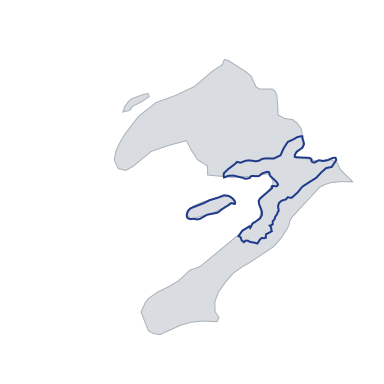 Haiti, with Ouest highlighted, rotated 314°
{"feature_id": "HTI-1388", "entity_name": "Ouest", "entity_type": "Department", "adm_level": 1, "iso_a3": "HTI", "parent_name": "Haiti", "parent_adm1": "", "projection": "robinson", "projection_center": [-72.52, 18.618], "detail": "fine", "context": "in_parent", "style": "outline", "palette": "blue", "viewbox_px": 384, "rotation_deg": 314, "n_neighbors": 0, "source": "natural_earth", "source_scale": "10m", "svg_char_len": 3858}
<svg xmlns="http://www.w3.org/2000/svg" viewBox="0 0 384 384"><g transform="rotate(314 192 192)"><path d="M309.7,123.2L311.7,126.3L316.0,147.6L316.4,154.4L312.2,164.7L312.8,168.8L321.9,178.3L322.1,181.7L321.0,185.2L313.2,194.2L307.3,200.4L309.2,207.5L314.0,214.2L314.6,219.8L313.2,227.2L305.7,236.5L301.8,239.8L290.8,240.2L289.5,241.5L295.1,250.5L301.3,260.7L311.5,268.6L313.8,276.0L311.3,283.1L310.9,300.5L303.1,292.1L294.6,285.0L289.4,282.3L284.1,280.5L243.3,281.4L238.8,282.6L235.2,284.9L231.4,286.0L220.2,288.2L209.0,288.6L183.0,282.9L172.7,280.0L162.3,278.1L150.4,278.7L138.5,280.5L129.0,284.6L121.9,291.8L120.5,298.5L116.3,300.2L106.7,289.5L97.9,281.9L87.9,276.2L67.3,268.1L63.6,263.1L61.9,257.1L70.3,238.7L79.8,235.3L85.0,234.6L96.7,236.9L108.1,241.1L118.5,243.9L134.6,244.9L143.4,249.5L205.3,256.5L217.1,258.7L221.7,257.9L225.6,255.2L229.0,250.2L232.8,246.5L251.2,245.6L255.0,244.0L257.7,238.8L257.6,233.4L246.8,226.1L230.0,210.2L215.1,191.5L221.5,185.1L219.1,173.6L221.5,162.9L225.0,152.4L210.3,143.4L193.0,134.5L168.9,131.7L161.5,129.4L157.6,122.7L161.1,113.7L168.9,108.7L177.9,105.7L187.0,103.5L209.1,101.0L231.1,103.9L250.1,113.1L269.3,120.4L293.7,122.8L304.7,125.4L309.7,123.2ZM215.7,222.5L214.1,230.0L190.6,221.1L171.6,209.9L172.4,203.9L182.1,202.5L191.4,206.2L205.2,213.6L215.7,222.5ZM228.6,89.4L232.3,91.9L230.9,94.9L221.7,93.0L212.1,89.6L209.0,90.5L207.1,90.1L201.5,86.8L206.4,84.3L211.4,83.5L217.0,83.7L228.6,89.4Z" fill="#d9dde1" stroke="#a8b0b8" stroke-width="1"/><path d="M308.7,232.7L308.5,232.9L307.2,234.4L305.3,238.0L304.1,239.4L300.6,240.7L293.7,239.3L290.3,240.1L288.7,241.4L289.5,243.1L297.8,252.4L298.4,253.4L298.6,255.0L298.1,255.6L297.5,256.0L297.1,257.2L297.7,259.1L299.0,260.0L302.6,261.0L303.4,261.7L304.8,264.0L305.5,264.9L309.0,267.4L314.0,269.5L315.3,270.4L316.1,271.3L316.3,271.6L315.2,273.6L307.1,275.1L302.4,271.9L296.2,271.4L288.4,271.5L280.5,269.5L272.5,267.7L264.7,268.3L257.1,267.7L255.8,266.2L254.7,264.5L252.0,264.7L250.3,263.8L247.9,262.5L244.5,262.2L241.5,263.8L239.2,266.8L238.3,267.6L237.2,267.6L234.9,268.7L232.8,268.9L231.6,269.1L230.5,270.1L228.8,270.3L227.0,270.4L225.9,271.4L224.9,272.5L223.3,272.2L221.9,271.3L221.6,272.9L221.1,274.2L220.0,275.1L219.3,276.6L216.3,275.8L213.1,274.6L211.6,275.6L210.5,276.9L208.6,275.8L207.5,274.1L206.2,274.0L204.7,273.9L202.3,274.5L200.3,274.8L199.2,272.5L197.9,270.6L196.5,268.6L195.8,266.0L194.2,264.3L191.9,264.2L191.7,261.3L193.1,258.7L193.1,257.4L192.6,256.2L199.0,255.0L207.0,257.1L206.5,258.8L208.3,258.4L210.7,257.5L212.4,257.5L213.7,258.1L220.2,259.3L223.8,258.4L226.3,256.1L228.1,252.8L229.6,249.1L231.9,246.1L234.8,245.4L250.1,246.9L250.7,246.7L250.9,246.2L251.0,245.7L251.4,245.5L251.9,245.6L252.2,245.9L252.4,246.1L252.7,246.2L254.6,248.6L255.5,249.1L257.1,248.7L257.8,246.9L258.0,244.4L257.9,238.0L258.0,236.8L258.7,235.4L259.4,234.5L259.7,233.7L259.2,232.5L258.4,231.8L254.2,229.6L253.1,229.4L250.8,229.3L249.8,228.9L247.9,227.2L246.2,225.0L244.5,223.5L242.2,223.8L239.1,221.7L238.3,220.7L237.5,218.7L232.8,210.7L231.5,209.3L229.7,207.6L227.8,206.3L226.2,205.7L224.7,204.9L226.0,203.1L227.6,201.9L233.4,202.1L240.3,203.2L242.5,203.5L244.8,203.4L245.8,204.9L246.7,206.5L249.0,207.6L251.4,208.7L253.9,210.6L256.0,213.1L258.4,216.6L261.4,218.6L264.6,219.5L267.3,221.6L272.8,227.5L279.9,230.2L287.1,227.6L294.5,226.1L297.6,227.3L300.7,228.5L304.6,229.6L308.1,231.9L308.7,232.7L308.7,232.7ZM174.0,211.9L172.3,210.5L171.8,210.1L171.1,209.1L170.5,208.0L170.2,206.9L170.6,205.7L171.7,204.3L173.3,203.2L175.2,202.4L177.1,202.1L179.3,202.3L192.1,208.2L198.4,210.4L205.3,214.3L211.9,217.3L214.5,220.9L215.2,223.2L215.6,225.9L215.3,228.6L214.2,230.6L213.2,231.1L212.6,230.4L211.8,228.5L211.0,227.8L210.3,227.6L208.2,227.4L200.0,225.4L197.2,225.2L194.3,224.4L186.2,218.7L178.0,216.3L175.8,214.7L174.0,211.9Z" fill="none" stroke="#1e3a8a" stroke-width="2"/></g></svg>